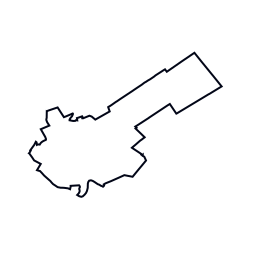 Umbraresti, Galati, Romania, rotated 342°
{"feature_id": "2599482B20952692718710", "entity_name": "Umbraresti", "entity_type": "district", "adm_level": 2, "iso_a3": "ROU", "parent_name": "Romania", "parent_adm1": "Galati", "projection": "natural_earth1", "projection_center": [27.455, 45.712], "detail": "fine", "context": "isolated", "style": "outline", "palette": "ink", "viewbox_px": 256, "rotation_deg": 342, "n_neighbors": 0, "source": "geoboundaries", "source_scale": "gbopen_adm2", "svg_char_len": 2654}
<svg xmlns="http://www.w3.org/2000/svg" viewBox="0 0 256 256"><g transform="rotate(342 128 128)"><path d="M86.1,176.1L86.9,175.8L87.5,175.3L87.7,174.9L87.8,174.7L87.8,174.3L87.7,174.1L88.6,173.9L89.4,173.7L92.3,173.5L95.3,173.3L103.9,172.4L109.3,171.8L109.9,171.7L110.3,171.9L111.7,172.7L117.3,175.8L125.6,170.5L135.1,164.5L134.6,160.3L133.4,159.1L133.6,158.5L133.3,158.7L132.6,157.7L133.2,157.5L133.2,157.4L132.7,156.9L125.6,148.0L125.8,147.9L129.8,146.3L134.2,144.4L135.6,143.8L138.3,143.0L138.5,142.8L140.8,142.1L141.0,142.0L135.0,130.8L136.2,130.4L135.4,128.9L137.1,128.5L151.0,124.8L151.1,124.7L172.3,118.8L175.2,118.1L178.4,129.3L178.5,129.3L208.8,122.3L215.2,120.8L215.6,120.8L229.9,117.4L224.8,104.0L224.7,103.8L218.6,88.1L214.4,77.0L199.9,81.2L182.3,86.5L181.3,83.6L174.5,85.4L170.3,86.5L168.9,87.1L164.1,88.5L161.6,89.0L159.1,89.7L157.8,89.9L154.4,91.1L149.7,92.4L144.8,93.8L144.2,94.0L129.4,98.1L125.7,99.2L124.8,99.4L124.7,99.4L120.2,100.8L119.9,100.9L117.4,101.6L117.1,101.6L115.6,102.0L115.7,106.6L99.5,109.9L97.0,105.9L95.1,104.4L88.2,104.9L87.5,104.6L87.9,103.2L88.8,102.7L84.7,102.8L84.3,102.8L83.4,102.8L83.2,102.9L82.5,102.8L82.1,105.1L80.7,104.5L80.0,104.9L78.8,104.6L78.7,104.6L77.9,104.3L77.5,104.1L75.0,102.7L75.4,102.3L75.5,102.0L75.5,101.9L75.4,101.8L75.3,101.7L75.6,101.4L76.1,100.9L76.9,100.4L78.1,99.7L78.5,99.4L78.8,99.1L79.1,98.7L79.3,98.5L79.7,98.0L80.0,97.6L80.0,97.4L80.0,97.2L79.9,97.1L78.6,97.2L78.2,97.3L77.1,97.4L72.5,97.8L70.4,97.9L67.4,86.7L57.2,86.8L56.0,87.2L55.9,87.1L53.8,93.2L53.0,94.5L52.8,95.4L52.9,97.5L53.9,101.4L44.7,102.2L46.4,110.4L46.5,110.5L46.6,113.2L46.4,113.6L46.0,114.0L45.8,113.9L43.1,114.3L41.7,114.7L40.5,115.2L38.9,116.5L38.1,116.1L37.5,115.9L37.1,115.9L36.8,115.8L36.2,115.9L36.6,113.4L36.1,112.6L33.5,115.2L33.3,115.3L28.2,119.0L28.5,119.4L26.8,121.0L26.1,121.4L26.2,121.5L27.8,126.5L28.7,129.8L33.9,135.2L28.4,140.0L29.1,140.5L29.5,140.8L30.1,141.2L31.0,141.7L31.7,143.2L32.1,144.0L32.8,145.6L33.6,147.4L36.3,152.0L37.8,154.5L38.4,156.1L39.4,158.2L41.1,160.3L42.8,162.5L45.5,164.0L48.4,165.0L52.2,166.8L54.0,168.3L54.4,167.6L54.9,166.8L55.2,166.3L55.5,165.8L55.6,165.3L63.8,167.4L64.0,168.0L64.1,169.0L63.9,169.5L63.6,169.8L63.3,170.1L63.0,170.4L62.9,170.7L62.8,170.9L62.7,171.3L62.7,171.5L62.8,172.0L62.7,172.3L62.6,172.7L62.4,173.3L62.2,173.7L61.7,174.1L61.5,174.3L61.3,174.6L61.1,174.8L60.8,175.0L59.0,176.0L60.4,177.7L62.3,179.0L63.9,179.0L66.3,177.9L67.2,177.3L68.0,176.8L69.5,175.2L71.2,172.5L72.7,168.3L73.7,166.9L74.8,166.1L75.7,166.2L76.6,166.3L78.1,167.4L79.5,169.0L81.9,172.1L83.2,173.1L84.4,174.6L85.3,175.2L86.1,176.1Z" fill="none" stroke="#020617" stroke-width="2"/></g></svg>